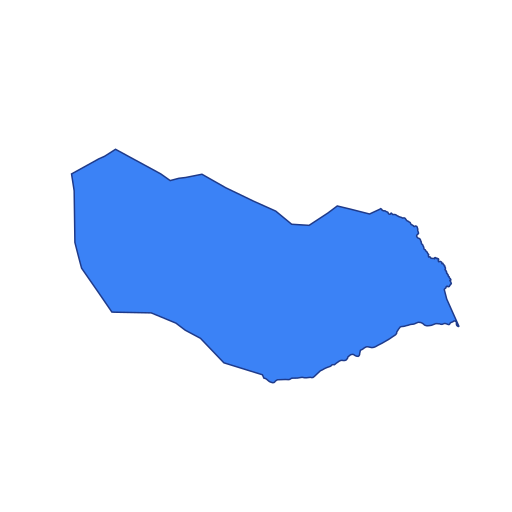 outline of Gurvanzagal, Dornod, Mongolia, rotated 57°
{"feature_id": "93677404B26424401044934", "entity_name": "Gurvanzagal", "entity_type": "district", "adm_level": 2, "iso_a3": "MNG", "parent_name": "Mongolia", "parent_adm1": "Dornod", "projection": "robinson", "projection_center": [115.314, 49.24], "detail": "fine", "context": "isolated", "style": "filled", "palette": "blue", "viewbox_px": 512, "rotation_deg": 57, "n_neighbors": 0, "source": "geoboundaries", "source_scale": "gbopen_adm2", "svg_char_len": 5962}
<svg xmlns="http://www.w3.org/2000/svg" viewBox="0 0 512 512"><g transform="rotate(57 256 256)"><path d="M425.3,124.1L396.0,119.5L386.7,116.4L386.4,116.0L386.3,115.5L386.2,115.0L386.3,114.6L386.2,114.3L385.4,113.3L385.5,113.0L385.4,112.7L385.3,112.4L385.4,112.1L386.2,111.8L386.6,111.3L386.7,111.0L386.8,110.4L386.6,110.1L386.2,109.7L386.1,109.3L386.1,109.0L386.1,108.7L385.8,108.4L385.7,108.3L385.7,107.5L385.6,107.3L384.7,107.0L384.0,106.8L383.2,106.8L382.1,106.7L382.0,106.4L382.3,106.1L382.3,105.7L382.2,105.6L381.9,105.5L381.3,105.4L380.9,105.4L380.5,105.5L379.9,105.6L379.6,105.7L379.3,105.7L379.0,105.5L378.8,105.4L378.5,105.3L378.3,105.4L377.7,105.7L377.3,105.6L377.1,105.5L376.9,105.4L376.7,105.2L376.3,105.2L376.1,105.3L375.3,105.2L375.1,105.2L374.9,105.3L374.7,105.5L374.4,105.5L374.3,105.3L374.0,105.3L373.4,104.9L373.0,104.8L372.7,105.0L372.1,104.7L371.3,104.6L370.8,104.9L370.4,104.9L369.9,104.3L369.8,104.1L369.3,103.7L369.1,103.6L368.8,103.6L368.3,103.6L368.0,103.6L367.9,103.5L367.4,103.1L367.2,103.1L366.8,103.5L366.5,103.4L366.0,103.2L365.7,103.2L365.2,103.4L364.7,103.4L364.1,103.3L363.9,103.3L363.8,103.5L363.8,103.9L363.8,104.0L363.6,104.2L363.3,104.1L363.1,103.8L362.9,103.8L362.4,103.7L362.0,103.8L361.1,104.2L361.0,104.3L360.7,104.8L360.5,105.2L360.5,105.4L360.5,105.6L360.4,105.8L360.2,105.9L359.8,105.9L358.7,105.4L358.7,105.0L358.6,104.9L358.2,104.6L357.8,104.6L357.6,104.6L357.4,104.8L357.0,105.3L356.9,105.3L356.6,105.3L356.3,105.5L356.3,105.9L356.3,106.0L356.0,106.1L355.2,106.3L354.9,106.6L354.8,106.9L354.8,107.1L354.9,107.3L355.2,107.6L355.5,107.7L355.5,107.8L354.9,108.1L354.4,109.0L353.8,109.7L353.5,110.1L353.3,110.4L352.9,110.5L352.2,110.4L351.5,110.6L351.3,110.8L351.1,111.1L351.1,111.4L351.1,111.5L350.7,111.7L350.2,111.5L350.0,111.4L349.5,111.2L349.2,110.9L349.0,110.5L348.8,110.4L348.4,110.4L347.7,110.6L347.3,110.6L347.0,110.6L346.8,110.5L346.1,110.4L345.7,110.4L344.4,110.8L343.3,110.7L342.9,110.7L342.1,111.2L341.8,111.2L341.1,111.1L340.2,110.6L339.9,110.5L338.8,110.4L337.7,110.2L337.1,110.1L336.0,110.5L335.5,110.4L334.3,109.8L334.1,109.7L333.2,109.7L332.9,109.6L332.6,109.4L331.9,109.3L331.4,109.3L331.0,109.3L330.6,109.3L330.4,109.4L329.4,110.2L328.8,110.5L328.0,110.6L327.5,110.6L327.1,110.5L326.7,110.4L326.5,110.2L326.2,109.9L325.8,108.7L325.7,108.5L325.8,108.0L325.7,107.6L325.5,107.4L325.2,107.2L324.3,106.9L322.9,106.6L322.2,106.2L321.6,105.7L321.3,105.6L320.5,105.4L319.9,105.2L319.6,105.1L318.9,105.1L318.7,105.1L318.1,105.5L317.7,105.9L317.6,106.2L317.6,106.5L317.6,106.9L317.4,107.1L317.3,107.4L317.1,107.5L316.4,107.5L316.1,107.6L315.7,107.9L315.2,108.0L314.1,108.7L313.7,108.7L313.4,108.7L312.0,108.5L311.6,108.6L310.9,109.1L310.1,109.2L309.5,109.7L308.9,110.0L308.5,110.2L308.0,110.3L305.7,110.4L305.3,110.6L304.8,110.9L304.5,111.4L304.2,111.9L304.2,112.2L304.0,112.4L303.1,112.9L302.3,113.4L302.0,113.8L301.2,114.4L300.9,114.7L299.9,115.1L299.3,115.6L298.8,115.8L298.2,116.0L297.5,116.4L297.1,116.7L296.9,116.9L296.5,117.4L296.2,117.8L296.1,118.1L295.9,118.6L295.4,118.8L293.8,119.1L293.7,119.3L293.6,119.5L293.7,119.8L293.9,120.1L294.0,120.5L294.0,120.9L293.9,121.0L293.4,121.6L292.8,121.7L292.4,121.8L292.0,121.8L291.5,121.6L291.2,121.6L290.9,121.7L290.5,122.0L289.4,122.8L288.7,123.0L288.4,123.2L288.2,123.4L288.1,123.7L287.9,123.9L287.7,124.1L287.6,124.4L287.1,124.8L286.7,124.9L286.6,125.1L286.4,125.3L285.7,125.2L285.2,125.2L284.2,125.6L284.2,126.7L282.6,137.9L268.1,151.3L258.3,160.6L259.1,172.3L259.2,194.8L248.8,208.8L229.1,215.0L208.5,228.3L182.3,244.2L158.0,256.8L151.8,272.3L148.8,278.4L146.0,286.9L135.4,291.1L90.0,315.7L89.9,328.7L88.9,334.9L86.7,366.0L102.3,373.0L146.0,400.5L159.3,405.0L171.2,408.9L200.2,408.0L224.5,407.4L225.9,405.5L246.6,374.9L268.7,359.7L279.6,355.8L294.8,347.4L328.1,341.1L359.1,315.3L362.7,315.9L363.9,314.8L365.2,314.2L367.6,313.5L368.7,313.1L370.0,312.2L371.3,311.1L371.9,309.9L371.9,309.1L371.6,308.3L371.4,306.9L371.5,305.4L375.5,298.7L377.5,295.9L377.8,295.1L377.9,294.2L377.9,293.4L377.9,292.9L378.1,292.3L380.2,288.9L380.9,287.8L382.2,284.8L382.6,283.9L383.0,283.2L384.5,281.7L384.9,281.0L385.2,280.7L385.3,280.4L385.7,279.9L386.0,279.2L386.4,278.4L387.0,277.2L387.3,276.6L387.6,276.2L388.2,275.7L388.5,275.2L388.9,274.4L388.8,272.7L388.6,271.6L388.1,268.9L387.3,264.4L387.5,263.4L387.6,262.6L387.8,259.5L388.2,257.1L389.0,253.8L389.0,252.8L388.7,251.7L388.8,251.0L389.4,250.1L389.9,249.4L389.6,246.9L389.6,245.3L389.5,243.5L389.7,242.1L389.8,241.9L390.1,241.1L390.4,240.6L391.1,239.9L391.6,239.1L392.0,238.4L392.3,237.3L392.2,236.5L391.6,234.9L391.2,234.5L390.6,233.6L390.5,231.9L390.4,231.1L390.3,230.4L390.6,229.7L390.9,229.0L391.2,228.3L392.1,227.7L393.3,227.2L394.3,226.6L394.9,226.1L395.8,225.0L395.8,224.1L395.5,223.4L395.1,222.8L394.4,222.3L392.7,220.6L392.2,220.1L392.0,219.8L392.0,219.1L392.2,217.7L392.2,216.6L392.1,216.1L392.1,214.5L392.2,213.5L392.5,212.4L393.2,211.5L394.2,210.5L395.8,208.9L396.5,207.6L397.0,206.0L397.2,204.3L397.3,202.2L397.8,197.7L398.2,189.5L398.1,185.4L398.1,182.5L398.0,181.6L397.7,180.8L397.5,180.4L397.3,180.0L396.5,179.5L396.1,178.8L395.6,177.5L395.1,176.6L394.1,173.8L394.2,173.2L394.3,172.7L394.6,172.1L395.3,170.8L395.9,169.3L396.1,168.4L396.9,166.2L397.5,163.9L398.2,162.4L398.7,161.5L399.1,160.5L399.3,159.7L399.4,158.8L399.9,156.2L400.2,155.6L400.7,155.1L401.2,154.4L402.0,153.7L402.9,153.2L403.7,152.8L404.8,152.5L405.5,152.3L406.0,152.1L406.5,151.7L407.6,150.7L408.3,149.5L409.1,147.9L409.7,146.5L410.3,143.6L410.6,142.2L410.8,141.8L411.3,141.0L412.3,139.8L412.8,139.0L413.8,138.3L414.2,137.8L414.6,137.2L414.8,136.6L415.0,135.4L415.2,134.8L415.6,134.1L416.5,133.3L418.0,132.2L418.5,131.7L418.7,131.1L418.5,130.5L418.2,130.0L417.9,129.3L418.0,128.7L418.3,127.2L418.4,126.0L418.3,125.4L418.5,124.9L418.9,124.6L419.3,124.3L420.0,124.1L420.6,124.0L421.1,124.1L421.5,124.5L422.2,125.0L422.9,125.3L423.4,125.4L424.2,125.3L425.3,124.8L425.3,124.1Z" fill="#3b82f6" stroke="#1e3a8a" stroke-width="1.5"/></g></svg>